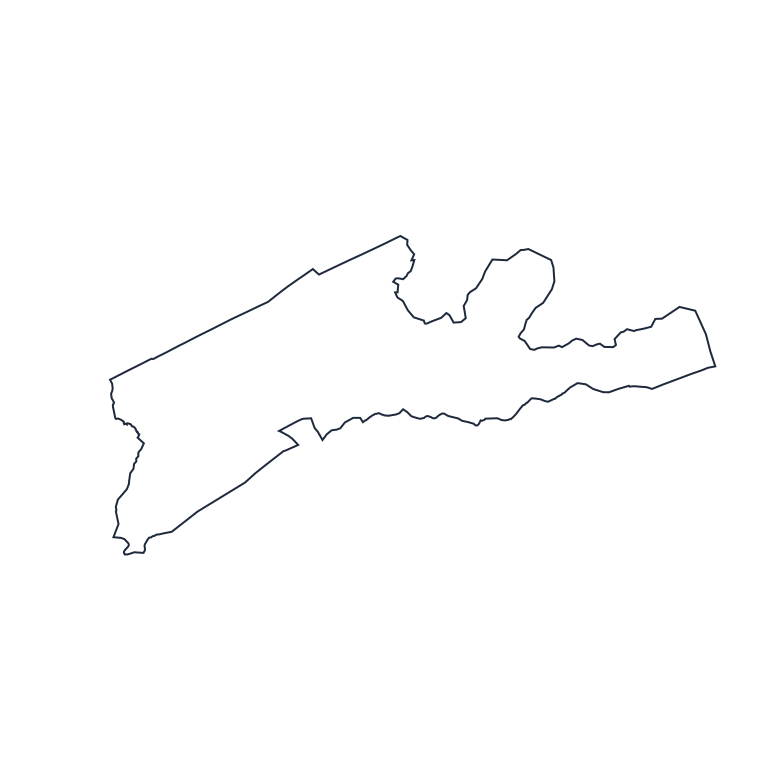 Epe, Lagos, Nigeria (Mercator projection), rotated 333°
{"feature_id": "59680162B97817900806996", "entity_name": "Epe", "entity_type": "district", "adm_level": 2, "iso_a3": "NGA", "parent_name": "Nigeria", "parent_adm1": "Lagos", "projection": "mercator", "projection_center": [3.96, 6.53], "detail": "fine", "context": "isolated", "style": "outline", "palette": "slate", "viewbox_px": 768, "rotation_deg": 333, "n_neighbors": 0, "source": "geoboundaries", "source_scale": "gbopen_adm2", "svg_char_len": 4733}
<svg xmlns="http://www.w3.org/2000/svg" viewBox="0 0 768 768"><g transform="rotate(333 384 384)"><path d="M460.5,259.4L450.7,259.3L442.5,259.1L429.6,258.7L423.4,258.5L408.5,257.9L392.3,257.4L390.6,257.4L385.3,257.2L381.5,257.1L375.8,257.0L375.2,255.6L372.8,249.3L363.9,250.5L363.7,250.6L356.2,251.5L342.3,253.5L334.9,254.8L319.3,257.9L317.7,258.2L310.2,257.9L306.3,257.8L297.7,257.6L280.7,257.1L276.6,257.0L256.6,257.0L247.7,256.9L239.3,256.8L225.0,256.9L219.0,256.8L204.2,257.0L195.9,256.9L189.8,257.0L188.1,255.9L187.4,255.9L176.0,255.9L163.0,255.8L141.8,255.8L141.9,260.3L140.2,264.9L138.5,267.0L136.4,268.8L134.8,273.4L135.1,275.0L135.0,277.9L134.3,278.3L134.0,279.1L133.0,279.5L132.1,281.2L131.4,284.1L129.3,291.5L129.2,292.5L129.4,293.5L130.9,293.8L132.1,294.8L133.9,297.2L135.0,299.4L134.4,300.6L134.3,301.9L135.2,301.9L135.6,302.2L135.8,302.4L136.5,303.3L136.9,302.4L137.7,302.6L138.2,303.0L139.2,304.0L139.9,304.7L140.2,305.2L140.2,305.6L140.2,306.1L140.1,306.9L141.1,308.1L141.4,308.2L141.7,308.9L142.1,310.0L142.3,310.4L142.3,310.7L142.2,311.0L142.1,311.4L142.2,311.7L142.3,312.2L142.1,312.7L142.1,313.3L142.1,313.6L142.0,313.9L142.0,314.3L142.3,314.3L142.6,314.6L142.7,315.1L142.5,315.5L142.6,315.8L142.4,316.7L143.1,317.7L141.4,319.3L140.1,320.0L143.1,327.8L138.3,331.7L134.2,333.4L132.2,336.9L129.3,338.0L128.2,340.5L125.1,341.7L122.2,345.9L117.4,348.3L113.0,354.5L111.4,357.2L107.2,360.9L101.6,363.3L94.5,366.1L89.3,371.7L88.1,375.3L87.2,375.9L83.9,388.2L73.4,397.7L79.8,401.7L82.3,404.4L83.9,409.8L83.9,410.5L83.5,411.7L82.4,412.6L80.9,413.2L78.1,414.2L76.4,415.2L75.8,416.0L75.6,416.9L75.7,417.9L75.7,418.3L76.7,418.6L77.8,419.3L80.6,419.9L85.3,420.6L86.5,421.4L93.0,425.3L95.5,423.6L96.6,421.3L97.1,419.5L98.4,418.1L100.0,417.1L102.5,415.4L104.8,414.3L107.0,414.9L108.8,414.6L110.7,415.1L113.0,414.9L114.1,415.4L115.3,415.9L119.8,417.0L127.8,419.3L160.0,413.0L215.5,408.7L228.8,405.1L243.6,402.1L263.8,398.2L266.1,398.6L279.9,399.3L277.5,391.3L275.5,387.1L270.6,379.9L269.2,378.2L289.0,377.8L294.9,378.0L296.5,378.4L303.5,381.5L302.2,391.8L303.3,396.2L303.8,406.0L310.2,402.8L316.4,401.5L321.2,403.2L325.0,403.6L331.7,400.5L341.2,400.2L347.4,403.4L347.9,408.5L350.4,407.9L351.2,408.2L354.7,407.5L356.6,407.0L357.6,407.1L359.0,406.7L360.9,406.8L362.5,406.6L363.8,407.2L365.1,407.3L366.1,407.6L366.5,408.2L367.2,408.8L368.2,410.3L369.4,411.2L370.0,412.2L371.6,413.0L373.0,414.1L376.0,415.1L380.9,416.6L384.5,417.0L389.5,415.2L391.9,419.5L393.7,425.1L395.8,427.3L400.3,431.4L404.1,432.4L406.7,431.9L408.4,432.4L410.9,434.9L411.6,436.2L412.8,437.3L415.1,437.8L418.8,436.8L422.5,436.7L424.2,437.8L425.7,440.1L426.0,440.8L427.2,442.1L434.6,448.5L436.8,452.2L441.6,456.1L445.9,460.1L446.7,462.4L448.5,463.3L450.7,462.5L453.6,460.3L454.7,461.3L457.4,461.5L458.5,460.9L465.9,464.3L469.6,466.1L472.3,469.4L475.0,471.2L478.0,472.3L480.3,472.5L481.1,472.9L481.7,472.7L484.1,472.1L487.8,470.8L494.6,467.5L495.7,467.1L497.3,466.3L498.3,466.0L499.2,466.4L502.7,465.5L503.1,465.7L507.4,464.2L509.1,463.8L511.8,465.4L512.7,466.0L516.3,468.5L519.6,472.2L522.1,474.3L528.8,474.5L529.5,474.8L532.6,474.1L534.7,474.1L537.8,474.0L538.5,473.5L540.0,473.7L541.5,473.6L542.7,473.1L548.2,471.6L556.9,471.1L563.7,475.9L565.4,478.8L568.1,483.4L575.6,490.8L580.6,493.5L590.8,494.8L601.4,496.8L601.6,497.8L606.0,499.6L616.7,506.2L620.6,510.1L632.1,511.1L662.3,514.5L672.8,516.0L679.9,516.6L687.2,518.7L689.6,503.0L693.4,486.0L694.6,460.0L682.3,449.5L661.4,452.0L655.3,449.2L648.1,454.3L640.5,452.6L633.0,450.5L630.8,450.3L625.4,445.5L621.8,446.1L621.3,446.2L618.4,445.5L609.8,448.7L608.4,454.5L605.0,455.2L597.2,451.0L594.7,446.1L591.6,445.3L587.1,445.0L584.2,442.8L580.8,434.9L575.9,430.9L571.4,430.7L567.1,431.7L559.4,432.0L557.2,429.2L551.9,428.6L541.4,423.0L536.8,421.9L533.5,421.8L530.1,419.2L528.9,409.6L526.8,406.6L525.8,405.2L525.4,403.1L528.7,400.8L533.5,398.9L537.3,394.6L540.3,391.6L543.2,391.0L548.5,387.7L553.7,385.0L562.5,384.0L564.3,383.0L576.6,375.8L582.4,369.9L587.9,357.1L589.2,349.4L585.0,343.9L575.2,331.0L573.9,329.3L569.2,327.9L566.6,326.7L560.6,328.1L549.8,329.6L537.1,322.3L525.1,329.7L519.3,335.0L509.5,340.5L502.4,341.2L499.1,342.5L496.1,347.0L490.4,350.7L489.1,355.0L488.4,357.2L486.7,362.5L480.7,363.8L473.9,360.9L473.6,352.4L471.8,349.1L465.0,351.0L454.2,349.8L449.5,349.6L447.8,348.6L448.3,345.5L447.8,345.1L442.4,339.7L440.8,338.1L438.7,329.0L438.5,318.5L435.3,313.1L435.4,308.8L435.5,307.4L437.8,308.5L439.4,305.7L441.8,302.0L438.6,297.1L442.1,295.4L443.4,295.7L445.3,296.7L448.6,299.3L453.1,298.0L455.7,296.1L459.0,295.6L463.0,291.9L467.3,287.3L464.6,286.3L468.8,282.9L469.8,282.1L469.4,280.6L468.6,277.1L467.8,270.6L470.3,266.3L465.7,259.5L460.5,259.4Z" fill="none" stroke="#1e293b" stroke-width="2"/></g></svg>